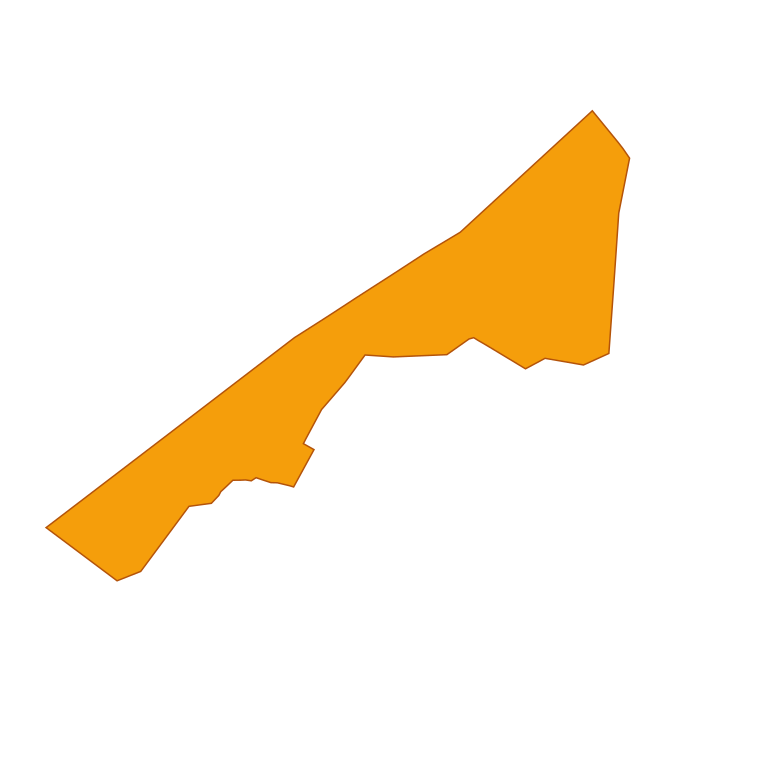 outline of Santo Antônio de Lisboa, Piauí, Brazil, rotated 225°
{"feature_id": "56859067B76948986204583", "entity_name": "Santo Antônio de Lisboa", "entity_type": "district", "adm_level": 2, "iso_a3": "BRA", "parent_name": "Brazil", "parent_adm1": "Piauí", "projection": "albers", "projection_center": [-41.218, -6.885], "detail": "fine", "context": "isolated", "style": "filled", "palette": "amber", "viewbox_px": 768, "rotation_deg": 225, "n_neighbors": 0, "source": "geoboundaries", "source_scale": "gbopen_adm2", "svg_char_len": 816}
<svg xmlns="http://www.w3.org/2000/svg" viewBox="0 0 768 768"><g transform="rotate(225 384 384)"><path d="M256.4,538.5L246.6,564.6L289.7,614.4L312.4,640.5L338.9,670.9L370.0,717.3L381.3,719.4L389.2,720.4L429.9,724.5L437.4,545.2L447.7,504.3L454.9,470.1L464.6,425.4L468.6,406.2L472.3,388.8L480.1,353.5L502.5,184.7L521.4,43.5L433.6,56.1L423.5,79.5L435.4,159.6L421.7,177.6L422.0,188.4L423.3,192.5L423.0,200.2L422.8,209.1L417.4,214.6L414.0,218.3L409.4,221.7L408.2,227.3L402.1,230.3L394.2,234.3L389.6,238.7L379.0,245.2L375.1,247.3L387.1,288.1L398.8,284.8L400.4,289.7L410.1,321.8L412.1,349.4L412.7,357.4L413.6,363.5L417.9,391.1L396.5,409.8L360.3,449.2L355.7,476.0L353.3,480.2L348.1,481.4L343.0,482.8L335.9,484.6L329.9,486.1L294.7,494.8L288.3,516.0L256.4,538.5Z" fill="#f59e0b" stroke="#b45309" stroke-width="1.5"/></g></svg>